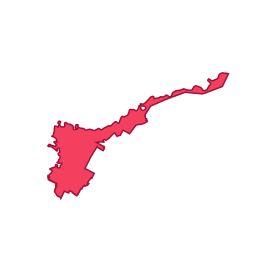 Las Cruces, Petén, Guatemala (Natural Earth projection), rotated 116°
{"feature_id": "79465075B61221719902426", "entity_name": "Las Cruces", "entity_type": "district", "adm_level": 2, "iso_a3": "GTM", "parent_name": "Guatemala", "parent_adm1": "Petén", "projection": "natural_earth1", "projection_center": [-90.704, 16.86], "detail": "fine", "context": "isolated", "style": "filled", "palette": "rose", "viewbox_px": 256, "rotation_deg": 116, "n_neighbors": 0, "source": "geoboundaries", "source_scale": "gbopen_adm2", "svg_char_len": 5900}
<svg xmlns="http://www.w3.org/2000/svg" viewBox="0 0 256 256"><g transform="rotate(116 128 128)"><path d="M49.3,61.4L35.1,61.5L35.9,64.3L36.5,65.3L36.9,67.0L37.9,68.3L39.4,69.2L40.4,69.4L42.9,69.1L44.5,69.3L45.2,69.7L46.5,71.1L47.8,71.8L48.9,74.1L48.8,74.7L48.4,76.3L48.4,76.8L48.6,77.0L49.6,77.3L50.2,77.2L50.5,76.7L51.3,73.9L51.7,73.3L52.4,73.1L53.1,73.1L54.5,73.6L55.6,73.5L57.8,73.9L58.9,73.6L59.4,74.0L59.9,74.8L60.8,75.4L61.1,76.0L61.2,76.5L61.0,77.7L60.2,79.0L59.7,80.3L60.0,83.9L60.4,85.6L61.1,86.3L62.4,86.9L65.5,87.0L66.5,88.1L67.6,90.4L68.2,93.5L68.3,95.1L69.0,95.4L69.6,96.3L71.2,97.7L73.6,101.3L76.2,103.1L77.3,103.5L78.9,103.0L80.2,103.1L80.8,103.2L81.7,103.9L81.8,105.1L81.5,107.0L81.5,107.5L81.7,108.0L82.2,108.5L83.5,108.9L84.4,109.7L84.9,110.4L85.5,112.2L85.9,112.6L87.4,113.5L87.8,114.0L88.7,115.2L89.0,116.0L89.9,117.0L90.0,117.6L88.8,118.5L88.6,118.9L88.6,119.5L89.7,120.7L90.7,121.3L93.3,122.0L98.3,123.7L99.5,124.5L100.1,125.2L100.4,125.8L100.6,127.2L100.9,127.4L101.5,127.3L102.0,126.5L102.1,125.7L102.0,125.0L101.3,122.8L101.3,122.1L101.6,121.3L102.1,120.9L103.3,120.7L104.4,121.0L105.1,121.6L105.5,122.3L105.7,123.2L105.7,123.8L105.2,124.8L103.7,125.7L103.2,126.1L102.9,126.9L103.0,127.4L103.3,127.8L103.8,127.8L105.9,127.1L108.3,127.7L108.8,128.0L109.1,128.4L109.1,128.9L108.9,130.5L108.9,130.9L109.1,131.5L109.8,132.3L110.2,133.9L110.5,134.3L110.9,134.5L111.4,134.5L113.9,134.0L115.8,133.8L117.2,134.2L119.4,136.1L119.6,136.5L120.0,138.2L120.3,138.5L120.7,138.7L122.4,138.8L127.0,138.3L127.6,138.3L127.9,138.6L128.0,139.1L127.9,139.8L127.5,140.9L127.7,141.8L127.8,142.1L131.2,143.6L132.7,144.0L133.9,144.6L134.2,145.1L134.3,146.1L135.2,147.0L139.1,149.8L140.4,150.4L141.1,151.0L141.5,152.0L141.2,153.3L141.3,154.2L141.6,154.5L145.0,156.9L145.8,161.6L146.5,162.7L147.7,164.0L148.5,165.2L148.5,166.0L148.0,167.0L147.9,167.4L148.2,168.6L148.9,170.4L149.1,171.8L149.1,173.0L148.9,173.4L148.7,173.7L147.6,173.9L147.2,174.1L147.1,174.7L147.3,175.3L147.6,175.7L148.3,176.1L149.7,176.1L150.3,175.9L150.8,175.4L151.0,174.9L151.0,173.9L150.8,173.1L151.0,173.0L151.4,173.2L151.9,173.7L153.1,176.0L153.0,176.5L151.5,177.3L150.7,178.1L150.1,179.0L150.1,180.8L149.9,181.6L150.6,183.0L150.7,183.5L150.3,186.2L150.7,186.8L151.5,187.0L152.1,186.9L153.9,185.7L154.2,185.6L154.7,185.8L155.3,186.3L155.6,186.8L156.0,188.1L156.1,189.2L155.9,189.6L155.3,190.5L154.5,191.0L153.5,191.3L152.4,191.0L152.0,191.2L151.8,191.8L151.9,192.4L152.0,192.8L152.5,193.2L153.2,193.4L153.9,193.3L154.4,192.9L154.9,191.8L155.3,191.4L155.7,191.3L156.6,191.5L157.5,191.2L157.9,191.3L158.0,191.5L157.8,192.6L157.9,193.8L158.1,194.3L158.6,194.6L159.1,194.5L160.0,194.1L161.4,193.7L162.5,193.1L164.9,192.5L165.3,192.7L166.1,192.2L167.1,192.0L167.9,192.2L168.5,192.8L168.8,192.8L168.9,192.2L168.6,191.2L168.7,189.5L168.9,188.3L170.0,186.9L170.3,186.7L171.2,186.6L171.5,185.8L171.9,185.8L171.7,186.9L172.0,187.5L172.7,188.2L173.1,188.4L173.5,187.8L173.7,186.6L174.7,184.9L175.9,185.2L176.5,185.6L177.0,188.7L177.1,189.8L177.0,190.9L177.1,191.3L177.3,191.6L178.8,192.2L179.1,192.2L179.4,191.8L179.5,191.2L178.6,189.6L178.5,188.2L178.8,185.9L179.4,183.6L179.9,182.3L179.8,181.8L179.4,181.5L178.9,181.6L178.4,182.4L177.9,182.5L176.7,182.0L176.4,181.3L176.5,180.9L176.9,180.5L179.6,178.8L180.2,178.8L180.9,179.4L181.5,179.5L182.6,178.9L182.9,178.3L183.0,176.8L183.5,176.3L184.8,176.0L186.5,176.1L187.1,176.3L188.5,176.0L189.0,176.0L189.9,176.6L190.2,176.6L190.4,176.1L190.3,175.7L188.8,172.5L189.0,171.9L189.6,171.7L191.5,172.3L192.9,171.9L193.4,172.0L194.0,172.4L194.5,173.3L194.5,174.0L194.3,174.4L193.8,174.7L193.0,174.6L192.6,174.8L192.2,175.8L192.4,176.6L192.5,176.8L193.0,176.9L194.1,176.1L194.6,176.2L198.7,180.2L199.2,180.2L199.4,179.9L199.5,179.6L199.5,179.3L199.2,178.9L199.3,178.3L199.9,177.4L200.4,177.1L201.5,177.2L203.1,177.9L204.7,178.2L206.2,179.0L206.9,178.7L206.7,178.6L206.8,178.3L206.5,178.5L206.6,178.2L206.4,177.8L206.7,177.7L206.8,176.8L207.1,176.7L208.0,177.3L208.4,177.3L208.5,177.1L208.6,177.4L209.0,177.2L209.1,175.6L209.3,175.8L209.3,175.2L209.5,175.0L209.3,174.8L209.4,174.7L209.4,173.9L209.2,174.1L209.2,173.8L208.9,173.4L209.1,173.0L209.2,173.4L209.4,173.3L209.4,172.9L209.4,172.7L209.2,172.4L209.3,172.3L209.3,172.2L209.2,172.1L209.3,171.7L209.2,171.4L209.3,171.3L209.2,171.2L209.3,170.9L209.0,170.6L209.0,170.3L209.2,170.1L209.2,169.5L209.3,169.5L209.2,168.5L209.4,168.6L209.5,168.5L209.4,168.3L209.6,168.2L209.9,168.3L209.9,168.1L210.0,168.2L210.3,168.2L210.6,168.0L210.8,167.8L210.6,167.6L211.1,167.5L211.2,167.2L211.3,167.4L211.5,167.2L211.9,167.5L212.2,167.1L212.5,167.1L212.8,166.8L213.1,166.8L213.1,166.6L214.7,166.9L215.0,166.8L215.0,166.5L215.7,166.4L216.0,166.5L217.4,166.1L219.8,162.1L220.1,161.1L219.9,158.9L220.9,157.5L212.8,157.5L212.4,152.9L209.9,152.9L210.0,149.6L210.6,149.6L210.7,146.8L211.2,146.8L211.3,144.2L208.9,144.1L209.0,143.8L203.5,143.7L203.2,143.6L203.1,142.9L202.8,142.8L202.7,143.0L202.1,142.8L199.7,142.7L199.3,141.6L198.6,141.6L198.7,140.6L197.4,139.9L197.4,139.5L196.3,139.1L196.3,139.6L195.4,139.6L195.4,139.0L195.0,138.9L194.9,140.4L189.1,139.4L189.2,138.5L183.5,138.5L183.3,148.9L170.4,148.8L158.4,147.6L158.8,147.3L159.2,140.4L156.4,140.3L156.4,141.3L155.0,141.3L155.2,143.0L154.8,150.2L153.6,148.3L153.5,147.8L153.1,147.4L151.5,144.7L151.7,144.1L151.1,143.4L150.5,144.2L150.2,145.1L149.7,145.0L148.6,144.1L148.8,142.4L145.8,140.7L138.4,138.3L138.3,137.4L138.6,137.4L140.3,134.1L139.5,133.6L138.0,131.7L132.1,131.5L132.5,124.1L121.7,122.0L118.8,117.7L117.4,116.2L115.6,114.7L114.4,114.0L114.1,114.3L113.9,114.3L113.7,113.8L113.2,114.5L113.0,114.4L113.0,114.7L112.6,114.4L112.5,114.7L112.3,114.9L112.0,115.5L111.6,115.4L111.6,115.7L111.8,115.7L111.9,116.0L111.6,116.6L111.0,117.1L109.9,117.5L109.8,117.9L109.1,118.2L109.0,118.5L98.4,117.3L85.7,106.5L70.9,92.4L64.7,76.1L62.5,73.7L49.3,61.4Z" fill="#f43f5e" stroke="#9f1239" stroke-width="1.5"/></g></svg>